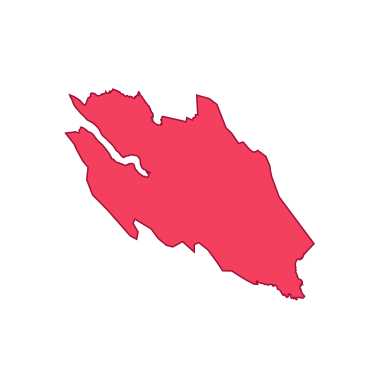 Årdal nor, Sogn og Fjordane, Norway, rotated 52°
{"feature_id": "86288312B26469823377508", "entity_name": "Årdal nor", "entity_type": "district", "adm_level": 2, "iso_a3": "NOR", "parent_name": "Norway", "parent_adm1": "Sogn og Fjordane", "projection": "robinson", "projection_center": [7.89, 61.286], "detail": "fine", "context": "isolated", "style": "filled", "palette": "rose", "viewbox_px": 384, "rotation_deg": 52, "n_neighbors": 0, "source": "geoboundaries", "source_scale": "gbopen_adm2", "svg_char_len": 5994}
<svg xmlns="http://www.w3.org/2000/svg" viewBox="0 0 384 384"><g transform="rotate(52 192 192)"><path d="M247.1,215.1L262.7,215.5L273.0,216.3L278.7,209.2L287.8,206.1L293.9,203.8L302.9,199.8L305.1,197.2L304.6,197.1L304.9,197.0L304.7,196.8L304.2,196.7L304.0,196.9L303.5,196.9L303.4,196.7L302.6,196.6L302.5,196.3L303.1,196.0L302.3,196.2L302.0,195.9L302.3,195.6L304.7,195.0L306.3,193.7L306.8,193.5L306.9,193.1L307.9,192.3L309.9,191.4L309.9,191.1L310.6,190.3L311.8,189.6L312.3,189.0L312.5,188.1L313.1,187.0L313.4,186.8L313.5,186.4L314.4,186.1L314.3,185.9L314.9,185.5L315.2,184.9L315.7,185.1L316.0,186.0L316.2,185.9L316.3,185.7L316.3,184.9L316.7,184.5L316.8,183.7L317.1,183.7L317.4,183.3L317.9,183.2L319.6,183.7L319.7,183.9L319.6,184.0L320.1,183.7L321.0,184.4L321.3,184.4L321.9,183.8L323.3,183.2L324.6,183.4L325.8,183.3L327.4,183.8L328.7,183.8L329.6,183.5L329.9,183.2L329.9,182.9L329.6,182.4L330.0,182.0L331.4,182.1L331.8,182.4L333.5,182.1L333.7,181.0L333.5,180.3L333.2,179.9L332.0,179.3L332.1,178.6L332.9,177.9L331.9,178.1L332.4,177.8L331.9,177.3L332.4,177.6L333.8,177.6L334.0,178.2L334.9,178.5L335.2,178.8L335.4,179.0L335.7,178.8L336.1,178.8L336.8,179.0L337.0,178.9L336.7,178.6L336.8,178.3L338.1,177.8L338.7,177.2L338.2,176.8L338.0,176.3L339.5,176.5L340.0,176.3L339.6,176.0L339.8,175.9L340.6,176.1L341.1,175.9L341.3,175.6L340.5,175.1L340.0,174.4L339.9,174.0L340.3,173.6L340.2,173.4L340.6,173.1L341.3,172.1L342.0,171.7L343.9,169.9L343.7,167.7L342.5,167.5L340.0,167.7L338.2,167.2L337.3,166.8L337.0,166.9L335.7,166.1L334.6,166.4L334.6,166.2L334.2,166.1L333.4,165.4L333.2,164.9L332.7,164.7L332.8,164.5L332.6,164.3L332.8,164.1L333.1,164.2L333.1,163.9L332.4,163.1L332.5,163.1L332.5,162.9L331.9,162.1L332.4,161.9L331.9,161.8L331.9,161.4L331.2,160.8L330.1,160.2L328.4,160.2L327.6,160.5L327.2,161.0L326.6,161.4L325.6,161.5L323.4,161.1L323.3,160.7L319.7,159.7L318.7,159.7L318.0,158.8L317.9,158.3L316.5,157.8L315.8,157.2L315.1,156.4L314.6,156.3L314.2,156.5L313.8,156.3L313.2,155.5L311.9,154.6L310.8,153.0L310.1,151.2L309.9,150.2L310.0,149.6L310.3,149.2L311.5,149.1L311.8,148.6L311.9,148.0L311.6,147.5L312.1,146.9L311.9,146.3L312.0,145.7L311.2,145.5L311.5,144.8L310.6,143.0L309.6,142.0L309.5,141.7L310.2,141.2L310.2,140.9L309.8,140.6L308.2,129.9L308.0,127.7L249.6,126.4L229.0,119.8L224.1,117.4L219.3,114.6L209.4,111.9L199.7,114.6L199.4,117.3L198.0,119.4L193.7,120.5L184.2,120.9L184.0,121.1L182.4,125.4L170.1,124.6L162.4,125.7L138.3,118.5L129.1,120.9L118.6,128.6L134.0,139.5L134.8,139.8L133.2,141.7L135.1,143.1L134.3,145.2L135.6,147.5L130.2,150.3L133.1,153.5L129.8,156.0L114.3,168.6L114.8,170.0L115.4,170.4L115.7,171.3L115.7,171.9L116.3,172.3L117.3,172.1L118.7,173.3L119.0,174.1L119.6,174.1L119.3,174.6L119.8,174.8L120.2,175.6L118.1,177.4L118.0,177.7L116.4,178.3L116.1,178.7L114.6,179.1L114.3,179.4L112.7,178.9L112.6,179.3L111.6,179.5L110.7,179.2L110.7,178.4L109.9,178.2L108.4,178.4L108.5,178.0L108.7,177.8L108.7,177.3L108.3,176.9L108.2,176.5L108.7,176.3L106.5,174.7L105.4,174.6L104.3,174.7L103.3,174.5L103.0,174.6L102.6,174.3L101.2,174.3L101.0,173.7L100.7,173.5L99.9,173.6L97.8,173.0L97.4,173.2L97.5,173.4L97.3,173.6L95.8,173.2L91.6,173.4L91.1,173.2L90.3,173.0L88.8,173.2L86.3,172.7L83.0,173.1L82.4,172.6L82.2,172.3L80.9,172.3L80.3,172.4L80.7,172.9L80.6,173.2L81.0,173.6L82.6,174.9L81.9,175.1L82.3,175.6L81.8,176.2L82.0,176.9L82.3,177.2L81.7,178.2L82.0,178.3L82.6,178.8L82.4,179.4L82.6,179.7L82.3,180.3L81.4,180.6L80.3,180.7L78.6,181.7L78.7,183.0L78.4,183.2L76.8,183.4L76.0,183.8L75.8,184.3L75.7,185.7L74.9,186.0L72.7,186.1L72.5,186.5L71.8,186.7L70.9,187.3L69.9,187.5L68.8,187.3L68.7,187.7L67.9,187.9L67.3,188.5L66.5,188.3L66.2,188.9L65.3,189.1L64.6,189.9L63.8,189.9L62.2,191.2L63.0,192.1L62.6,193.4L63.1,193.9L63.1,194.3L62.8,194.7L61.9,195.1L62.5,195.7L63.3,195.6L62.7,196.7L62.8,197.1L61.8,198.1L59.9,198.2L60.6,198.8L60.8,199.3L60.5,199.9L60.5,200.7L59.7,201.9L59.9,202.2L59.3,202.7L59.9,203.3L58.7,206.2L58.8,206.6L57.2,207.6L55.1,207.9L52.2,210.0L52.3,211.6L52.8,212.1L53.6,212.5L54.1,212.9L54.3,213.4L54.4,214.3L54.0,214.9L54.0,216.2L57.0,221.1L57.5,222.3L57.4,222.9L56.3,223.5L54.0,223.8L50.5,224.0L44.4,226.2L40.1,228.6L42.2,229.3L43.9,229.4L46.5,230.1L49.8,231.2L53.4,231.6L55.9,231.4L61.1,231.3L62.5,230.9L64.8,230.7L66.1,230.4L69.9,230.3L71.2,230.0L72.5,229.3L77.5,227.3L79.1,227.0L82.6,226.6L84.8,226.5L88.3,227.1L89.8,227.6L92.6,227.7L98.1,226.7L106.6,225.7L108.6,225.7L112.4,226.2L115.0,225.5L116.4,225.4L119.1,225.5L121.9,225.0L122.8,224.6L123.0,224.0L122.9,223.2L123.1,221.9L123.5,221.1L124.1,220.3L124.2,219.7L124.5,219.2L124.5,218.5L124.9,217.5L126.8,215.4L129.6,213.1L130.6,212.7L132.4,212.7L133.1,213.0L134.4,212.8L137.5,214.9L138.9,215.7L141.0,216.3L142.8,216.5L144.6,216.1L145.8,215.0L147.1,215.2L149.5,214.1L151.2,212.8L151.0,213.2L151.0,213.3L151.9,213.1L151.5,213.4L150.7,213.6L149.6,214.3L148.2,214.9L148.0,215.2L148.0,215.3L148.7,215.5L148.4,215.4L148.5,215.2L148.9,215.3L149.0,215.5L150.1,215.2L150.2,215.4L151.9,215.7L152.3,216.3L152.9,216.6L153.0,216.9L152.8,217.2L152.9,217.8L152.5,218.5L151.1,219.7L150.2,219.9L150.1,220.4L149.9,220.6L149.2,220.9L147.5,221.3L145.2,222.1L143.5,222.4L140.8,222.3L139.7,222.6L137.9,222.2L135.3,221.0L134.4,220.9L133.8,221.0L132.7,221.7L131.7,222.8L130.9,224.7L131.0,225.1L130.6,225.8L130.6,226.7L130.4,227.1L130.5,227.6L129.8,228.4L127.2,229.9L126.6,230.0L126.4,230.4L123.5,232.0L122.6,233.0L121.6,233.5L118.1,233.7L118.2,233.9L117.6,233.8L116.3,235.0L114.8,234.3L110.4,233.6L103.2,233.4L101.4,233.7L100.1,233.6L96.7,234.2L92.3,234.7L85.0,234.6L83.2,235.1L80.2,236.8L77.2,237.4L75.9,237.9L74.2,238.4L72.6,239.5L72.5,240.0L73.3,240.7L73.3,241.0L73.5,241.4L73.9,243.0L75.4,244.0L75.7,244.4L75.5,245.1L74.5,245.9L73.0,246.5L67.8,255.4L81.9,255.4L85.9,256.5L100.2,259.0L108.6,258.7L117.5,267.4L132.9,272.1L154.8,269.6L188.4,267.7L195.2,264.7L190.2,259.1L180.5,257.8L178.1,253.7L196.0,246.9L208.2,247.2L218.5,244.8L223.5,240.9L225.2,230.0L240.7,227.2L234.8,222.6L236.1,217.8L247.1,215.1Z" fill="#f43f5e" stroke="#9f1239" stroke-width="1.5"/></g></svg>